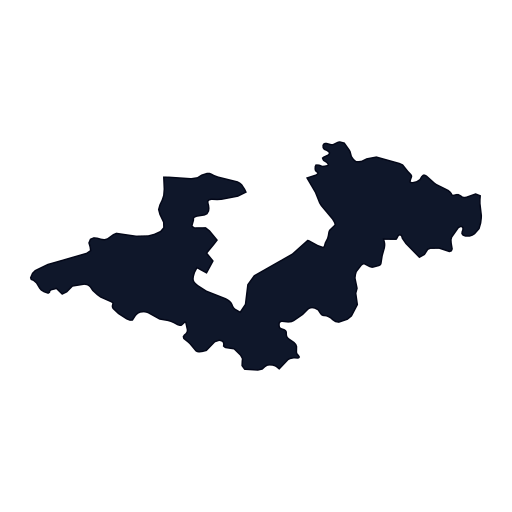 SVG path tracing the border of Zagrebacka
{"feature_id": "HRV-1588", "entity_name": "Zagrebacka", "entity_type": "County", "adm_level": 1, "iso_a3": "HRV", "parent_name": "Croatia", "parent_adm1": "", "projection": "robinson", "projection_center": [16.033, 45.768], "detail": "fine", "context": "isolated", "style": "filled", "palette": "ink", "viewbox_px": 512, "rotation_deg": 0, "n_neighbors": 0, "source": "natural_earth", "source_scale": "10m", "svg_char_len": 5076}
<svg xmlns="http://www.w3.org/2000/svg" viewBox="0 0 512 512"><path d="M124.5,234.6L136.2,236.3L148.3,236.0L154.4,234.4L160.7,231.5L163.9,227.7L163.7,222.2L160.0,214.4L158.7,209.5L160.0,204.9L162.2,200.3L163.8,195.5L164.3,189.1L163.8,177.2L169.2,177.3L191.2,178.8L197.6,177.8L201.7,175.2L207.0,173.5L209.5,173.5L211.3,174.2L213.9,175.6L217.9,177.1L237.3,181.9L239.7,183.2L241.6,184.8L244.6,189.4L245.9,192.1L237.8,196.1L221.6,199.2L217.1,199.5L211.4,199.2L208.9,199.9L207.7,201.3L207.9,203.2L208.5,205.5L208.8,208.3L208.5,210.9L206.9,213.7L204.4,214.9L196.7,216.1L194.5,217.0L193.6,217.7L193.4,218.9L193.4,220.2L191.8,225.9L192.5,226.7L194.4,228.0L205.6,227.9L209.5,231.0L217.0,240.1L213.6,244.5L206.5,253.1L212.9,261.0L206.5,272.8L196.9,267.6L194.4,272.4L193.3,276.2L193.0,278.4L193.1,280.2L193.7,281.5L194.0,282.2L195.3,283.6L197.6,285.6L206.3,291.2L225.6,298.8L227.7,300.0L229.5,301.3L230.9,302.8L231.8,304.4L232.5,306.2L233.5,307.9L234.8,309.2L240.2,312.3L245.5,304.4L247.9,284.7L254.3,275.8L292.5,254.1L307.7,240.5L308.8,240.8L317.6,245.6L323.0,247.5L323.8,247.2L324.5,246.1L325.4,242.9L327.5,238.8L327.7,238.4L328.4,235.7L329.0,232.1L329.3,231.2L329.8,230.2L334.6,225.6L335.3,224.6L334.6,222.4L332.7,219.1L321.4,205.6L319.7,202.8L315.5,192.3L307.1,178.0L316.3,175.0L317.3,174.2L318.2,173.2L318.0,172.8L317.5,172.3L315.9,171.0L315.4,170.1L315.2,168.9L315.3,166.6L315.7,165.7L316.0,165.1L316.6,165.1L317.6,165.1L318.9,165.2L320.2,165.6L322.0,166.4L323.0,166.4L324.4,166.3L327.4,165.7L328.3,165.0L328.3,164.1L327.4,163.0L326.6,162.2L323.7,160.4L323.2,159.6L322.6,158.1L323.7,157.2L328.4,155.0L329.4,153.7L329.5,152.6L328.6,151.6L327.7,150.9L326.6,150.2L324.8,149.5L323.9,148.8L323.2,147.6L323.1,145.3L323.9,144.0L325.1,143.5L326.5,143.5L331.0,144.7L332.2,144.8L333.3,144.6L337.6,142.5L338.9,142.1L339.3,142.0L339.9,142.0L344.2,143.1L349.1,150.0L350.0,151.6L351.3,156.5L352.3,158.0L353.4,159.5L355.2,161.1L356.0,161.7L358.1,161.8L361.7,161.4L366.8,158.9L376.4,157.1L399.3,163.5L402.6,165.0L407.7,171.4L410.2,174.0L410.9,174.8L411.4,175.7L411.5,176.6L411.2,177.5L410.5,179.4L409.9,181.7L410.7,182.5L412.5,182.8L416.7,181.8L418.9,180.4L420.1,179.6L421.1,177.8L421.7,176.8L422.6,175.9L423.4,175.2L424.6,175.2L426.4,176.1L434.3,183.2L436.1,184.5L448.1,190.5L450.0,192.1L451.2,193.6L451.7,194.8L452.5,195.3L453.7,195.4L456.4,194.7L458.3,194.7L460.8,196.0L462.1,197.1L464.1,197.6L466.4,197.3L475.6,194.0L480.2,195.8L479.9,199.8L479.9,203.6L481.3,215.7L481.2,218.1L480.6,223.0L479.0,228.6L474.5,233.7L472.2,235.1L469.5,236.0L465.5,236.0L463.1,235.1L462.0,233.6L462.2,231.8L462.9,229.9L463.0,228.0L462.1,226.6L460.4,226.5L458.3,227.6L451.6,237.1L450.9,239.8L451.1,243.0L452.1,248.9L451.3,250.8L449.4,251.5L439.2,248.1L430.3,248.2L427.7,249.3L424.4,254.4L419.4,257.2L406.0,243.5L402.4,238.3L401.7,235.9L400.8,235.1L399.7,234.8L398.9,235.1L398.3,235.5L398.0,236.0L396.6,238.6L396.1,239.2L383.5,239.1L384.3,242.1L384.6,243.8L384.6,245.5L384.3,247.8L382.1,255.7L380.9,263.4L380.7,264.0L380.0,264.9L378.8,265.5L372.8,267.1L371.8,267.1L369.7,266.5L364.3,263.7L362.8,263.9L361.2,265.1L356.2,271.6L355.4,274.3L354.9,278.0L357.0,288.3L355.7,293.2L357.3,304.6L351.4,315.9L347.3,319.2L338.8,322.1L335.5,321.5L332.8,319.7L330.7,317.8L328.3,316.5L326.3,315.7L323.1,315.4L321.8,314.8L320.7,313.6L318.2,309.8L315.0,308.1L312.6,307.6L310.8,307.7L308.8,308.4L307.7,309.3L302.6,314.4L293.6,320.6L291.3,321.6L288.3,321.9L281.6,321.2L280.0,321.9L279.1,323.2L279.0,325.1L279.3,327.1L280.1,328.2L281.3,328.8L284.0,329.7L285.5,330.7L286.2,332.0L286.3,334.8L286.6,336.4L287.4,337.7L288.5,338.8L293.9,342.5L295.7,344.5L296.5,346.6L296.4,352.3L296.9,353.9L298.0,355.1L298.6,355.9L299.2,357.0L298.7,357.7L297.8,358.0L293.9,357.7L290.0,358.5L287.9,359.6L279.2,368.8L276.3,366.4L274.9,365.7L272.6,365.0L269.4,364.8L267.0,365.2L264.7,366.7L262.2,369.0L257.8,370.0L244.7,369.2L242.1,365.6L242.3,360.9L242.5,359.5L242.4,358.3L240.6,355.1L234.2,348.8L225.6,347.5L224.7,347.0L223.6,346.0L223.8,344.8L223.7,343.4L223.4,342.2L222.4,341.2L221.0,340.6L219.2,340.2L214.7,341.7L206.3,350.4L202.3,351.4L199.0,351.8L197.3,351.5L196.0,350.8L190.1,343.7L188.4,342.1L183.9,338.5L183.4,336.7L184.4,335.1L186.1,333.7L187.2,332.0L187.5,330.0L185.9,322.7L185.5,322.1L184.9,321.9L181.8,324.8L181.0,325.3L179.5,325.2L177.6,324.6L174.0,322.6L171.0,321.3L167.9,320.4L159.7,319.0L148.2,312.6L146.3,312.0L143.8,311.6L140.2,312.0L138.0,313.0L136.4,314.3L135.3,315.5L132.4,320.0L130.0,320.1L126.7,318.8L118.5,313.5L113.1,308.4L112.5,307.0L112.4,306.0L112.7,304.8L113.0,303.5L112.9,302.7L111.3,301.7L100.7,297.0L97.4,294.6L92.8,290.4L90.4,286.8L88.9,285.5L87.3,284.6L84.3,284.1L72.4,286.0L66.7,291.8L62.2,294.0L57.1,289.0L56.2,288.3L55.0,288.8L51.2,289.7L49.8,290.7L49.4,292.3L48.1,293.1L44.1,291.7L41.3,290.0L39.7,288.1L36.6,282.9L33.6,280.3L31.3,279.4L30.7,277.8L31.0,277.0L32.6,273.3L35.3,270.6L47.9,264.5L56.4,262.1L86.9,253.3L87.1,253.1L90.7,250.6L90.2,247.0L89.0,242.9L90.5,239.3L93.9,237.9L97.4,238.3L100.9,239.3L104.5,239.8L107.6,238.9L113.4,234.7L116.4,233.4L124.5,234.6Z" fill="#0f172a" stroke="#020617" stroke-width="1.5"/></svg>